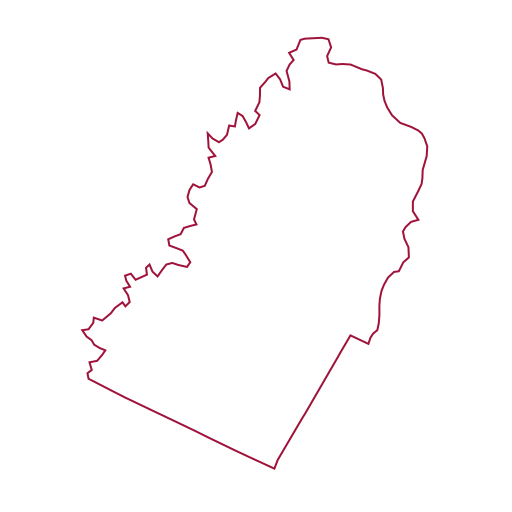 the district of Quinta do Sol, Paraná, Brazil, rotated 356°
{"feature_id": "56859067B56550779588971", "entity_name": "Quinta do Sol", "entity_type": "district", "adm_level": 2, "iso_a3": "BRA", "parent_name": "Brazil", "parent_adm1": "Paraná", "projection": "robinson", "projection_center": [-52.151, -23.826], "detail": "fine", "context": "isolated", "style": "outline", "palette": "rose", "viewbox_px": 512, "rotation_deg": 356, "n_neighbors": 0, "source": "geoboundaries", "source_scale": "gbopen_adm2", "svg_char_len": 2088}
<svg xmlns="http://www.w3.org/2000/svg" viewBox="0 0 512 512"><g transform="rotate(356 256 256)"><path d="M80.4,366.8L104.8,381.6L115.8,388.2L141.4,402.7L176.3,422.4L184.0,426.8L196.9,434.4L222.1,448.8L234.5,455.7L259.5,469.4L263.4,461.0L291.1,420.6L294.3,416.2L330.9,362.1L334.2,357.1L344.7,341.8L362.0,351.5L364.4,345.6L367.5,341.5L371.8,338.5L373.7,332.1L375.0,323.5L375.6,314.3L376.6,307.3L378.8,299.5L381.6,293.7L386.2,286.7L392.6,281.5L397.4,281.2L402.5,272.6L408.4,268.1L408.7,257.9L405.3,249.3L404.3,241.8L407.2,237.6L413.0,232.8L420.5,231.2L415.6,222.3L416.3,212.6L422.8,201.8L426.2,195.7L427.4,190.2L428.3,181.7L433.2,168.4L434.5,158.7L432.3,150.4L430.0,145.4L426.6,142.1L419.9,138.1L409.2,133.3L401.5,125.1L397.3,117.1L395.0,110.1L394.1,103.7L394.3,97.3L393.2,88.7L387.7,82.6L379.5,78.7L374.7,77.1L363.7,71.6L355.6,70.5L349.2,70.5L342.0,68.2L340.9,61.5L345.5,53.1L343.4,44.8L336.9,42.9L319.9,42.6L315.4,43.5L310.8,52.9L303.2,55.6L307.2,63.1L302.9,67.3L299.4,73.5L301.5,84.3L301.2,92.1L294.8,89.0L292.4,81.5L288.3,75.3L280.7,79.3L277.5,82.9L271.8,88.4L271.1,96.6L270.1,102.9L265.3,111.2L269.4,115.7L264.4,124.3L257.9,128.2L255.5,122.0L252.4,115.4L247.7,112.0L245.4,119.5L244.0,125.3L238.3,124.0L235.5,133.1L231.1,137.6L227.0,139.9L220.8,135.7L216.4,130.3L216.4,138.7L216.3,144.6L222.3,153.4L215.5,154.6L217.0,161.0L217.9,169.1L213.5,175.5L209.8,182.4L204.5,183.7L198.3,180.1L194.3,185.4L191.8,192.4L193.3,198.5L200.2,205.1L196.7,215.2L198.8,220.4L193.3,221.3L186.1,222.9L182.3,229.0L176.4,230.7L169.6,233.2L170.3,239.5L178.5,243.2L183.4,245.6L185.9,249.8L190.0,257.6L186.4,262.1L177.5,259.4L172.1,257.1L166.0,258.2L161.4,263.3L156.4,269.5L151.6,264.3L149.2,257.1L145.5,260.1L145.9,267.0L134.2,271.3L129.9,264.9L124.0,266.5L124.9,271.6L128.2,277.9L121.7,279.1L125.6,286.2L126.8,293.1L122.2,297.1L119.6,292.9L111.7,297.9L107.2,303.0L103.5,305.7L98.1,309.6L89.9,306.2L89.0,311.3L83.8,317.4L77.5,317.9L81.4,324.6L86.1,328.5L88.4,333.2L93.5,336.8L99.1,339.6L95.6,344.0L90.2,349.5L82.5,350.4L84.2,358.2L79.7,361.2L80.4,366.8Z" fill="none" stroke="#9f1239" stroke-width="2"/></g></svg>